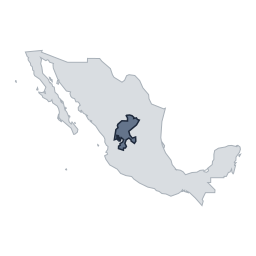 location of Zacatecas within Mexico
{"feature_id": "MEX-2713", "entity_name": "Zacatecas", "entity_type": "State", "adm_level": 1, "iso_a3": "MEX", "parent_name": "Mexico", "parent_adm1": "", "projection": "natural_earth1", "projection_center": [-102.796, 23.104], "detail": "coarse", "context": "in_parent", "style": "filled", "palette": "slate", "viewbox_px": 256, "rotation_deg": 0, "n_neighbors": 0, "source": "natural_earth", "source_scale": "10m", "svg_char_len": 4140}
<svg xmlns="http://www.w3.org/2000/svg" viewBox="0 0 256 256"><path d="M25.4,52.0L42.2,50.4L41.4,52.2L67.6,62.3L87.4,62.3L87.5,58.4L99.7,58.5L101.8,61.2L110.4,68.6L112.5,74.9L114.0,77.3L122.0,82.2L124.6,80.3L126.6,75.7L129.0,74.7L134.8,75.5L139.7,80.6L142.9,87.9L148.6,94.6L149.0,98.8L151.5,104.0L163.8,108.9L165.4,108.2L161.9,121.6L160.8,137.7L161.4,141.1L164.6,145.7L164.0,148.2L164.2,145.7L161.5,141.8L162.3,145.4L165.6,153.0L171.0,160.2L172.2,164.7L176.0,169.3L174.9,169.2L177.1,170.3L176.4,169.6L180.3,170.2L183.1,171.8L185.5,174.7L192.1,172.5L196.9,172.2L200.1,170.4L203.4,170.0L204.1,170.7L203.9,171.6L206.6,172.3L208.5,170.8L208.0,168.5L207.1,169.1L207.3,168.6L212.2,164.6L212.5,161.4L213.9,159.5L213.9,154.3L214.7,150.5L218.5,148.2L225.3,147.0L228.2,145.7L231.5,145.4L236.9,146.7L237.4,145.9L235.9,145.9L237.8,145.3L240.0,147.0L240.4,149.3L239.4,152.4L236.0,157.1L235.9,160.3L234.2,162.2L234.5,162.9L236.1,162.6L234.5,164.6L234.5,165.4L235.6,165.2L233.6,173.1L233.1,173.8L231.9,172.0L231.6,169.0L230.0,172.1L228.4,172.4L226.4,176.4L224.1,176.4L223.9,177.7L210.7,177.7L210.7,182.5L207.7,182.5L215.0,189.9L214.8,192.6L205.5,192.6L202.2,199.4L203.2,201.1L202.0,205.6L195.2,197.9L189.7,192.7L186.3,190.8L186.0,191.3L189.1,193.0L184.3,191.5L184.6,190.2L183.3,190.8L182.5,189.6L181.7,190.8L183.3,191.4L180.8,191.7L178.5,193.4L170.9,196.2L166.0,194.0L161.9,193.5L159.1,191.4L156.3,190.6L154.5,188.6L147.8,187.1L139.4,183.0L133.9,179.1L131.6,176.5L126.0,175.6L120.6,173.4L117.2,169.1L109.8,165.0L105.9,159.3L104.6,155.8L107.6,154.2L107.1,152.7L105.8,152.2L107.7,149.5L108.0,146.4L106.4,145.3L104.8,142.1L104.9,139.2L103.8,136.7L99.5,131.8L95.7,126.0L89.8,120.9L91.5,121.9L91.7,120.8L88.5,119.7L86.2,115.7L87.9,115.8L83.3,113.1L82.7,111.8L80.9,112.3L80.7,111.7L82.0,110.1L79.8,111.3L78.4,110.2L78.2,107.6L79.8,105.2L80.4,105.7L79.3,103.3L77.9,101.8L75.9,101.8L74.6,98.6L72.3,97.9L70.9,96.5L70.0,93.7L70.6,91.9L66.4,91.0L59.3,82.0L58.9,79.9L57.8,79.2L53.3,68.1L53.0,64.7L53.5,63.5L49.5,62.1L48.6,60.3L47.3,59.7L45.9,60.7L40.5,57.4L41.5,59.5L40.7,63.7L41.8,67.1L42.7,73.4L48.1,79.0L49.8,82.8L50.7,82.6L51.1,83.8L51.9,83.9L52.6,86.4L54.2,87.1L55.0,92.2L57.8,94.8L58.7,97.7L60.0,98.6L61.0,102.0L62.1,102.9L61.5,100.3L63.1,101.8L64.9,109.6L66.7,111.9L69.1,117.5L68.7,119.9L69.2,122.0L71.2,124.1L72.0,122.0L77.9,129.4L77.4,132.1L75.0,134.1L73.7,134.4L71.2,128.3L61.9,120.2L61.1,120.3L59.2,117.8L58.8,116.0L59.4,112.2L58.6,108.6L57.2,106.0L52.7,102.9L51.9,99.7L51.0,101.1L48.7,101.7L47.0,99.6L42.8,97.4L42.2,95.6L39.0,93.0L38.7,92.1L42.0,92.6L44.0,91.8L43.9,92.7L45.5,93.5L45.0,91.4L44.2,91.3L45.9,87.1L39.8,79.2L34.7,75.7L33.9,74.0L33.9,71.0L32.7,70.1L32.3,66.8L30.7,65.3L30.5,63.3L28.3,60.2L28.0,58.8L28.7,57.8L27.2,56.5L25.4,52.0ZM59.0,82.1L58.4,84.2L56.8,83.5L57.5,80.4L58.5,80.1L59.0,82.1ZM52.3,81.7L50.0,79.6L49.4,77.3L50.6,78.0L50.8,79.3L52.0,79.6L52.3,81.7ZM239.4,156.5L238.8,155.8L239.1,154.9L240.6,154.2L239.4,156.5ZM59.2,120.3L57.6,118.2L58.6,113.9L58.3,117.7L59.2,120.3ZM37.8,90.1L36.6,89.8L37.5,87.6L38.0,89.3L37.8,90.1ZM16.4,82.7L15.4,81.2L15.6,80.6L16.0,80.6L16.4,82.7ZM60.7,120.3L61.7,122.0L59.6,120.4L60.7,120.3ZM98.7,145.3L98.5,146.0L97.9,145.8L97.7,144.6L98.7,145.3ZM69.7,116.0L70.1,117.3L69.0,115.7L69.7,116.0ZM65.7,107.5L66.3,108.1L65.4,109.2L65.7,107.5ZM66.7,169.8L66.2,170.0L65.6,169.5L66.2,168.8L66.7,169.8ZM205.7,170.1L204.6,170.4L206.6,169.7L205.7,170.1ZM75.3,123.4L74.7,123.2L74.7,122.0L75.3,123.4Z" fill="#d9dde1" stroke="#a8b0b8" stroke-width="1"/><path d="M139.3,120.1L136.5,124.9L128.8,131.3L129.9,135.2L132.3,138.1L135.6,137.0L135.8,141.3L134.4,143.4L131.1,141.0L131.0,139.7L128.9,138.1L126.2,139.8L124.9,143.3L126.4,146.4L125.4,148.0L123.5,148.1L123.4,150.2L118.5,148.6L118.6,146.1L120.1,145.4L120.0,143.6L122.7,142.0L123.6,139.6L121.2,137.6L120.3,140.9L119.1,141.0L119.5,137.5L118.6,136.8L117.7,140.5L117.5,138.0L118.3,135.7L116.8,135.4L117.0,138.9L114.3,139.8L115.9,129.6L118.0,127.7L117.4,125.6L117.9,124.2L121.8,120.8L127.5,121.0L127.5,117.9L126.2,115.7L126.6,115.3L129.5,115.0L132.0,115.7L133.9,117.4L133.7,118.5L136.4,117.9L137.4,119.5L139.3,120.1Z" fill="#64748b" stroke="#1e293b" stroke-width="1.5"/></svg>